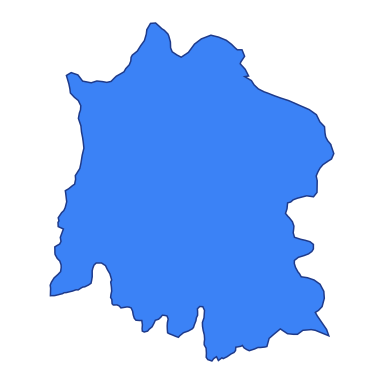 Kissidougou, Kissidougou, Guinea (Natural Earth projection)
{"feature_id": "49546643B59034527585113", "entity_name": "Kissidougou", "entity_type": "district", "adm_level": 2, "iso_a3": "GIN", "parent_name": "Guinea", "parent_adm1": "Kissidougou", "projection": "natural_earth1", "projection_center": [-10.076, 9.254], "detail": "fine", "context": "isolated", "style": "filled", "palette": "blue", "viewbox_px": 384, "rotation_deg": 0, "n_neighbors": 0, "source": "geoboundaries", "source_scale": "gbopen_adm2", "svg_char_len": 3849}
<svg xmlns="http://www.w3.org/2000/svg" viewBox="0 0 384 384"><path d="M54.8,246.9L54.9,250.3L54.9,252.7L55.1,254.5L57.3,258.5L59.8,261.0L61.1,264.9L61.2,267.6L60.9,269.6L60.6,271.6L58.1,274.3L54.1,277.9L51.4,282.2L50.2,285.2L50.6,288.2L50.4,295.7L54.7,295.6L57.1,295.0L58.4,294.7L60.2,294.2L62.4,293.7L64.2,292.7L66.3,292.6L68.6,292.0L72.4,291.1L76.0,289.8L78.2,289.9L80.6,288.3L82.7,287.1L84.8,286.8L88.5,285.0L91.0,283.3L91.6,280.5L92.2,276.8L92.2,272.7L92.2,270.8L92.8,268.2L94.0,265.1L96.2,263.0L101.5,263.0L105.5,265.6L107.3,269.4L109.9,273.8L110.6,276.2L110.8,276.9L111.7,280.0L110.7,282.0L111.0,284.1L111.4,286.9L111.7,291.1L111.0,294.3L110.6,297.5L111.8,299.4L112.1,303.7L113.3,305.0L113.6,305.0L117.0,304.9L119.2,305.9L120.9,307.9L122.9,307.6L127.1,306.9L129.4,307.2L131.2,308.0L132.6,311.2L133.2,314.8L134.3,318.3L135.9,320.2L139.3,320.5L141.8,320.5L142.4,324.8L142.1,328.6L142.3,331.1L143.0,331.4L144.2,332.0L147.6,331.1L149.2,329.2L152.1,326.8L154.0,323.2L155.3,320.3L158.6,319.2L160.8,317.2L161.5,316.2L162.4,315.2L164.5,315.4L166.9,315.9L167.0,316.0L168.2,319.0L167.4,322.6L167.2,325.9L167.3,329.2L167.6,332.8L169.4,333.8L172.3,334.9L175.6,336.3L178.4,337.3L179.9,335.6L183.5,332.7L188.3,331.0L192.3,328.8L193.5,327.4L194.3,324.8L195.9,320.8L196.4,317.7L197.6,315.3L197.6,311.7L197.4,308.8L199.7,306.5L202.8,306.7L204.5,310.3L204.0,317.8L202.4,322.5L202.5,326.2L203.2,330.5L204.3,334.9L204.6,339.3L204.2,342.3L204.2,344.8L206.1,348.2L206.4,353.2L206.2,357.3L207.8,359.6L211.9,361.0L213.7,358.6L216.5,356.7L218.4,360.5L221.9,357.8L223.2,358.6L227.1,356.7L231.1,353.9L234.0,352.5L235.5,350.6L235.8,347.2L240.9,346.3L242.3,345.4L244.1,347.9L246.6,349.5L248.4,350.3L249.3,350.7L250.2,350.4L254.5,349.0L257.9,347.5L260.5,347.5L265.0,347.0L266.9,346.5L269.1,338.4L273.8,334.3L280.3,328.9L287.5,333.7L293.4,334.3L297.3,334.3L297.5,334.3L302.9,330.3L311.2,329.6L315.3,330.3L328.8,335.8L328.7,335.5L326.6,329.5L317.2,315.8L315.3,312.4L318.5,310.4L322.1,306.6L324.3,298.3L323.8,291.3L320.0,284.2L314.1,280.0L307.4,277.7L301.2,276.8L299.4,273.6L298.0,272.0L295.5,267.4L294.3,263.5L294.4,260.4L298.4,257.3L304.3,255.5L308.5,253.9L311.8,251.5L312.9,249.8L313.4,248.9L313.4,244.4L310.0,241.7L305.2,240.3L300.7,239.3L294.5,237.3L293.2,232.8L293.7,228.7L293.9,226.1L292.4,221.7L289.1,217.5L288.1,216.6L285.5,213.4L287.0,208.8L287.6,202.9L290.7,202.0L293.2,199.8L297.4,198.2L306.7,195.8L313.5,196.8L317.0,192.4L317.2,180.8L316.2,176.0L316.9,174.3L318.0,171.7L320.0,168.1L322.9,164.7L327.8,161.3L331.5,159.0L333.8,153.6L330.9,145.0L330.9,144.6L327.6,140.6L325.7,136.9L325.0,133.0L324.5,126.7L319.9,121.9L316.4,114.7L309.2,109.6L298.2,104.8L288.9,100.7L280.6,98.0L274.2,95.7L267.4,93.0L264.0,91.8L258.3,88.9L254.1,84.9L251.4,80.6L246.7,77.8L244.8,76.6L248.6,76.0L245.2,69.3L240.2,63.8L240.8,62.0L244.6,56.3L242.0,49.8L237.3,49.8L234.8,47.6L231.5,44.3L226.3,40.3L218.6,37.1L210.9,35.2L201.3,38.9L194.5,44.1L188.4,52.4L181.2,57.2L176.8,54.9L172.2,51.8L170.6,47.9L170.4,41.9L168.8,36.1L167.9,34.0L164.3,30.3L161.8,28.7L159.5,26.5L155.6,23.0L150.5,23.4L146.8,29.7L146.3,34.1L144.4,40.6L140.7,45.7L137.3,51.1L132.3,55.1L131.1,57.3L130.8,61.0L129.3,64.8L125.7,68.7L125.0,70.0L124.0,71.8L120.6,73.8L116.3,76.2L114.6,77.8L111.1,81.4L106.8,82.4L102.5,81.6L96.8,81.0L94.3,81.8L91.2,82.8L82.6,81.1L81.1,79.1L77.9,74.9L73.5,73.4L71.2,72.6L67.3,74.9L66.4,75.5L67.6,79.5L68.9,84.0L69.9,88.9L70.4,93.0L74.4,97.3L78.3,100.5L80.8,105.7L80.5,110.0L79.4,113.0L78.4,118.4L80.9,125.8L81.5,131.9L82.6,137.5L83.2,141.7L83.9,148.2L82.2,155.2L80.9,163.4L79.8,168.5L76.6,173.6L75.3,175.6L75.6,179.3L74.6,184.2L72.4,185.7L68.6,188.8L65.3,190.7L65.8,194.1L66.7,201.8L65.2,207.6L63.8,210.6L61.6,212.7L58.2,217.8L58.8,220.2L58.9,220.9L58.0,222.4L58.2,226.6L63.4,229.0L60.3,237.4L61.0,241.4L59.7,244.0L56.7,245.7L54.8,246.9Z" fill="#3b82f6" stroke="#1e3a8a" stroke-width="1.5"/></svg>